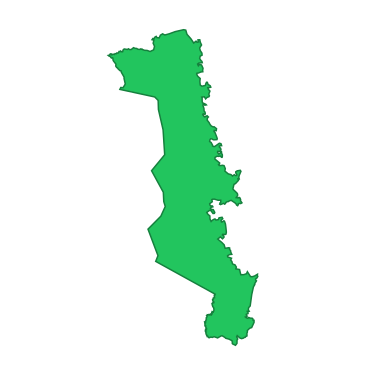 the district of Wassa Amenfi West, Western, Ghana, rotated 161°
{"feature_id": "2480657B13145859726554", "entity_name": "Wassa Amenfi West", "entity_type": "district", "adm_level": 2, "iso_a3": "GHA", "parent_name": "Ghana", "parent_adm1": "Western", "projection": "natural_earth1", "projection_center": [-2.483, 5.745], "detail": "fine", "context": "isolated", "style": "filled", "palette": "green", "viewbox_px": 384, "rotation_deg": 161, "n_neighbors": 0, "source": "geoboundaries", "source_scale": "gbopen_adm2", "svg_char_len": 6024}
<svg xmlns="http://www.w3.org/2000/svg" viewBox="0 0 384 384"><g transform="rotate(161 192 192)"><path d="M135.1,333.4L136.8,333.9L137.2,331.8L138.5,331.9L139.1,333.3L141.9,332.3L143.1,337.1L145.4,342.7L145.2,347.1L147.1,348.2L155.6,349.1L162.1,349.0L166.6,349.3L168.3,351.1L170.8,350.6L172.9,348.4L174.9,349.4L175.2,350.8L176.7,350.5L177.9,349.4L179.0,349.9L180.2,349.0L178.6,348.0L180.3,345.3L180.0,342.0L182.0,338.9L185.9,338.5L188.4,340.5L190.7,341.4L192.4,342.8L192.5,343.2L193.5,343.4L193.7,344.0L194.8,343.8L196.8,344.6L197.5,345.7L199.1,346.4L200.3,347.5L203.1,346.5L204.5,346.9L205.5,348.1L206.7,347.8L209.5,349.3L210.6,349.0L211.9,347.3L212.2,347.7L212.9,347.5L213.8,348.6L214.2,348.1L215.3,348.6L216.1,347.5L217.1,347.5L217.6,348.0L218.7,347.4L219.7,347.9L220.7,347.3L221.7,348.0L223.1,347.7L223.4,347.9L223.2,348.7L223.8,349.1L224.5,349.1L225.5,348.3L226.7,348.4L226.1,347.4L225.4,347.1L224.6,344.9L223.4,344.8L223.2,344.5L223.7,342.5L223.6,341.5L222.3,337.6L223.1,335.9L222.7,334.2L222.0,333.6L221.9,332.7L220.6,330.2L219.7,329.7L219.8,328.1L218.8,322.7L219.3,321.4L219.9,316.0L220.4,315.4L223.2,313.1L225.3,314.0L226.8,312.5L196.3,294.0L194.2,289.6L196.9,280.9L199.1,260.2L205.7,236.1L223.3,225.3L219.2,201.1L221.8,192.2L222.0,187.0L229.3,179.3L245.7,171.2L244.9,142.9L248.9,138.2L203.5,88.0L204.0,87.8L203.8,87.2L204.7,86.8L205.1,84.7L206.3,84.9L206.7,84.4L206.7,83.8L207.5,83.6L207.4,83.1L207.9,82.4L207.1,80.9L207.5,80.2L208.7,80.5L209.0,79.9L209.4,79.8L209.2,79.5L209.7,78.7L209.5,77.9L209.7,77.0L209.2,75.5L209.6,73.4L210.2,72.3L210.8,72.1L211.0,71.6L211.8,72.3L212.2,71.3L212.6,71.6L212.7,71.4L212.8,70.2L213.5,69.6L213.7,70.1L214.4,70.1L214.4,70.6L215.1,70.4L215.0,70.1L215.8,70.5L215.8,70.2L217.5,71.0L217.8,70.1L218.3,70.2L218.2,69.8L218.5,69.1L219.6,68.3L219.8,67.0L220.5,66.4L220.7,65.8L221.3,65.5L221.4,65.1L222.4,65.1L222.4,64.3L221.9,63.8L222.8,63.2L222.9,62.0L223.3,61.4L222.7,60.9L223.1,60.6L222.7,58.1L223.3,56.9L223.7,56.9L224.0,57.5L224.6,56.4L224.7,55.7L224.2,55.0L224.6,54.8L224.9,53.3L224.8,51.7L224.5,51.6L224.6,51.0L224.4,51.1L224.0,50.4L224.0,49.4L223.3,48.6L221.4,48.7L220.1,47.9L218.2,48.0L215.3,45.7L211.5,46.4L210.3,46.3L208.2,43.7L207.7,42.7L205.0,40.9L202.6,38.4L202.8,36.7L203.2,35.9L203.1,35.2L200.8,32.9L198.8,34.2L197.6,37.4L196.8,37.9L196.6,38.7L197.0,40.5L196.0,41.5L194.2,38.3L192.8,37.2L191.0,37.1L189.5,37.5L189.0,37.3L187.9,38.0L187.1,37.9L186.6,38.7L186.3,40.2L185.2,41.6L184.8,43.0L181.8,44.4L179.7,44.4L175.8,48.5L175.1,50.5L176.0,50.9L175.7,52.0L176.1,53.0L178.2,53.9L179.2,54.9L180.3,54.4L181.7,55.5L182.2,56.4L180.5,56.4L180.3,56.8L180.7,58.1L180.5,58.7L178.6,58.8L178.3,59.6L178.6,61.1L176.8,60.7L177.1,62.0L176.8,62.9L176.1,64.2L174.1,65.3L168.9,75.6L164.8,82.3L162.8,84.0L163.0,84.4L162.1,85.3L160.0,87.0L160.5,87.9L160.1,89.2L158.7,89.5L157.3,90.7L157.4,91.7L156.9,92.9L160.2,92.2L162.7,92.3L164.2,93.0L165.6,98.6L167.1,97.0L170.0,97.0L172.8,97.9L172.3,103.2L175.6,105.1L174.5,106.6L175.1,109.2L176.8,110.4L177.1,111.6L176.9,113.3L177.6,115.1L176.2,116.5L179.4,119.0L179.1,120.2L176.9,120.6L174.7,120.1L174.9,122.4L174.6,124.2L175.2,125.5L174.6,126.7L175.2,127.3L179.0,128.0L178.8,131.6L180.3,134.7L183.0,139.1L179.8,140.3L178.4,137.8L176.5,138.8L176.2,139.9L177.3,141.5L176.8,142.0L174.2,141.0L173.6,141.1L172.6,142.8L171.6,147.0L170.8,150.8L170.8,153.8L171.2,154.4L173.1,153.9L173.9,154.1L173.7,155.9L171.6,156.7L171.8,158.3L174.8,158.8L176.1,157.3L178.5,157.7L179.0,159.0L179.8,159.1L181.9,158.7L183.5,157.9L183.8,160.6L182.9,163.6L184.2,165.7L184.7,167.9L181.5,168.9L180.3,168.5L179.1,164.8L177.8,164.5L177.1,165.3L177.6,168.4L179.1,169.1L180.0,170.3L179.1,171.3L177.1,171.2L177.2,172.1L178.8,172.8L179.3,174.0L179.1,175.2L176.0,176.2L175.7,178.4L175.1,178.5L173.2,178.0L170.0,175.7L167.5,174.9L168.1,173.0L168.9,172.7L169.8,171.5L169.1,170.8L165.8,171.0L165.1,169.9L164.1,170.2L163.6,171.0L162.0,171.4L160.9,171.1L159.2,171.5L157.6,171.3L155.0,167.9L154.2,166.4L154.1,165.2L153.3,164.2L152.3,165.0L152.1,165.8L151.0,165.8L149.7,165.2L148.3,165.5L149.0,168.0L148.5,169.1L148.6,170.8L149.3,171.6L150.3,171.4L152.0,172.3L150.1,173.7L149.6,175.1L149.8,176.3L152.3,181.2L152.2,181.8L149.8,185.6L148.1,185.8L144.5,187.8L143.7,188.6L144.4,189.2L144.3,189.6L143.1,189.1L143.0,190.7L141.8,192.5L139.0,195.6L139.3,196.8L142.4,197.3L144.0,196.9L144.4,195.9L143.9,193.9L144.4,193.1L145.6,193.4L146.4,194.6L148.5,193.9L149.5,195.8L151.8,197.3L154.1,201.1L152.9,203.3L153.1,206.5L154.6,207.4L156.1,207.6L157.6,208.2L158.0,209.2L156.9,209.6L156.4,210.4L159.6,215.7L159.0,217.2L156.7,217.7L155.2,217.0L153.5,216.8L152.8,215.2L152.3,215.0L151.9,215.4L151.2,217.2L151.4,219.0L151.0,220.5L151.4,220.9L152.4,219.7L154.3,219.1L155.0,221.2L154.5,222.0L152.4,221.3L150.9,222.4L150.7,224.0L151.5,225.5L151.1,226.7L148.9,226.2L148.9,228.3L150.3,229.2L155.7,227.6L156.9,228.1L157.6,228.8L157.3,229.5L157.8,232.6L158.9,234.0L158.1,235.5L157.2,236.2L156.0,235.8L154.9,234.5L154.0,234.1L151.4,233.4L150.8,234.1L150.7,235.4L150.9,240.8L151.5,242.0L151.0,243.0L149.1,242.1L148.2,243.9L149.9,246.5L150.7,246.6L152.2,248.0L153.0,250.1L153.2,251.9L154.3,255.1L153.2,257.1L152.1,257.6L152.9,259.2L155.3,258.8L155.8,259.0L156.7,261.6L155.9,262.3L154.5,261.1L153.9,261.8L153.7,263.4L154.2,264.6L153.5,267.2L153.5,270.2L153.0,271.1L152.3,270.9L151.6,269.9L150.1,269.7L150.4,270.4L153.0,272.9L152.9,274.3L151.8,277.7L151.9,278.5L149.3,278.0L148.8,275.6L147.1,276.5L144.9,276.6L144.2,277.3L144.3,279.1L142.3,281.4L142.3,282.3L143.1,283.2L143.1,285.5L141.4,285.0L140.1,285.0L140.2,286.5L141.8,288.5L141.8,290.7L142.2,291.0L142.6,291.0L143.5,290.1L144.7,288.4L148.2,288.8L149.4,290.4L148.6,293.9L147.3,296.7L148.9,299.5L149.2,302.1L148.7,302.7L147.2,302.4L144.7,302.6L142.6,302.2L142.4,303.4L141.3,305.4L141.6,308.9L141.8,309.2L143.7,310.1L144.9,309.3L145.1,311.2L143.7,311.7L140.2,310.9L140.1,312.3L140.7,313.3L141.3,315.8L140.0,317.8L137.9,318.1L137.4,320.1L138.1,322.9L138.0,325.0L137.8,325.8L135.1,327.9L135.4,330.9L135.1,333.4Z" fill="#22c55e" stroke="#15803d" stroke-width="1.5"/></g></svg>